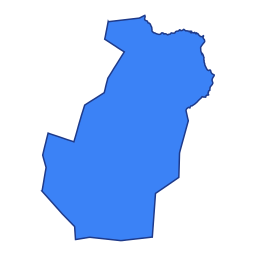 outline of Nalaix, Ulaanbaatar, Mongolia
{"feature_id": "93677404B72325521473587", "entity_name": "Nalaix", "entity_type": "district", "adm_level": 2, "iso_a3": "MNG", "parent_name": "Mongolia", "parent_adm1": "Ulaanbaatar", "projection": "mercator", "projection_center": [107.515, 47.823], "detail": "fine", "context": "isolated", "style": "filled", "palette": "blue", "viewbox_px": 256, "rotation_deg": 0, "n_neighbors": 0, "source": "geoboundaries", "source_scale": "gbopen_adm2", "svg_char_len": 4250}
<svg xmlns="http://www.w3.org/2000/svg" viewBox="0 0 256 256"><path d="M41.8,190.9L57.5,208.5L62.3,213.9L72.9,224.8L74.6,226.5L74.7,227.0L74.7,227.6L75.1,233.6L75.5,239.5L75.8,239.5L88.7,237.4L89.7,237.3L90.2,237.3L120.7,240.6L122.3,240.5L126.3,240.0L146.9,237.7L152.0,237.1L152.3,237.1L154.5,207.1L155.5,193.4L174.9,180.1L178.8,177.4L178.9,175.1L179.5,153.6L179.6,152.6L180.6,148.8L188.3,120.8L188.2,120.3L187.7,118.3L186.0,110.6L186.1,110.1L186.2,109.7L186.8,108.6L187.6,108.0L188.0,107.7L188.4,107.4L188.8,107.5L189.2,107.7L189.7,107.9L189.9,107.9L190.0,107.6L190.1,107.3L190.3,106.7L190.6,106.3L191.0,105.9L192.2,105.8L192.5,105.5L194.8,104.0L197.0,102.1L198.5,100.4L202.0,97.1L202.1,96.8L202.1,96.7L202.7,96.7L203.3,97.0L203.6,97.0L203.8,97.1L204.3,97.0L205.2,97.2L205.7,97.1L205.8,96.7L205.9,96.3L206.0,96.0L206.2,95.7L206.5,95.3L207.0,95.2L208.1,95.0L208.3,95.0L208.5,95.0L208.6,94.7L208.5,94.4L208.3,94.0L208.1,93.7L208.1,93.3L208.1,92.8L208.3,92.5L208.5,92.2L208.5,91.8L208.5,91.7L208.5,91.3L208.7,91.0L209.0,90.7L209.4,90.6L209.8,90.4L209.8,90.2L209.7,90.0L209.9,89.3L210.0,87.8L210.4,86.7L210.6,86.5L211.3,85.6L212.3,84.4L212.5,83.9L212.8,83.3L212.8,82.6L212.6,82.1L212.2,80.9L212.1,80.4L212.1,79.6L212.6,78.1L213.9,76.1L214.2,75.4L214.2,75.0L214.0,74.8L213.9,74.7L213.7,74.6L213.1,74.4L212.2,73.8L211.6,73.2L211.4,72.9L211.1,72.4L210.9,71.7L210.8,71.1L210.7,70.9L210.5,70.5L210.4,70.2L210.1,70.0L209.8,70.0L209.7,70.0L209.3,70.2L208.8,70.4L208.7,70.5L208.4,70.4L208.1,70.3L207.3,69.8L206.5,68.5L205.7,66.8L205.5,66.4L205.4,66.2L205.1,65.6L204.8,64.8L204.7,63.8L204.7,63.7L204.2,62.3L204.1,61.7L204.1,61.2L204.1,60.8L204.1,60.2L203.9,60.0L203.9,59.8L203.8,59.6L203.8,59.1L203.9,58.2L204.0,57.6L203.6,56.7L203.3,55.6L203.3,55.4L203.2,55.2L202.8,54.4L202.5,53.9L202.4,54.1L202.1,54.4L201.6,53.3L201.1,51.9L200.8,51.0L200.7,48.9L200.6,47.8L200.8,46.9L201.1,46.5L201.6,45.7L202.4,44.6L203.7,42.9L203.8,42.9L204.6,41.8L204.7,41.3L204.6,40.8L204.5,40.1L204.3,39.5L203.6,38.9L203.4,38.5L203.1,37.9L203.1,37.4L203.2,36.8L203.4,36.5L203.5,35.9L203.3,35.7L203.0,35.9L202.8,36.2L202.6,36.6L202.2,36.8L201.8,36.7L201.4,36.6L200.4,36.5L199.6,35.6L199.2,35.4L198.7,34.9L198.3,34.2L198.1,33.9L197.9,33.7L197.6,33.7L197.3,33.5L196.9,33.2L196.6,32.9L196.4,33.0L196.2,33.0L196.0,33.7L195.6,33.6L195.3,33.3L195.0,32.8L194.7,32.4L194.3,32.5L194.0,32.8L193.5,32.9L193.0,32.7L192.4,32.5L191.8,32.7L191.4,32.8L190.9,32.8L190.8,32.5L191.2,32.2L191.5,31.8L191.5,31.3L190.9,31.2L190.2,31.2L189.6,31.5L189.3,31.7L189.2,31.4L189.1,31.2L187.5,31.0L187.1,30.8L186.6,30.8L186.1,30.9L185.5,30.7L185.0,30.3L184.4,29.8L184.1,29.5L183.6,29.4L183.4,29.6L183.0,29.9L182.5,30.3L181.9,30.5L181.2,30.6L180.8,30.6L180.4,30.3L180.1,29.9L179.8,29.8L179.4,29.9L179.2,30.3L178.8,30.8L178.3,31.0L177.9,31.1L177.1,31.2L176.5,31.3L176.3,31.3L175.5,31.8L175.1,32.6L174.5,33.1L173.6,33.2L172.1,33.1L171.4,32.9L171.0,33.1L170.5,33.7L170.0,34.2L169.2,34.2L168.6,34.4L167.9,34.8L167.3,34.7L166.9,34.4L166.3,34.0L165.6,33.8L164.8,33.7L164.4,33.8L164.0,34.0L163.6,33.5L163.4,33.2L162.6,32.9L161.7,32.9L161.2,33.3L160.8,33.9L160.1,34.3L159.3,34.4L158.7,34.4L157.9,34.2L156.6,33.8L155.8,33.5L154.8,32.9L153.8,32.8L153.1,32.1L152.5,31.8L152.3,31.5L152.0,30.9L152.0,29.9L152.0,29.5L151.9,28.9L151.8,28.1L151.7,27.2L151.3,26.5L150.9,25.7L150.6,24.9L150.1,23.9L149.0,23.0L148.2,23.0L147.9,22.5L147.8,22.2L147.6,21.7L147.3,21.1L146.5,20.8L146.2,20.7L145.3,20.3L145.2,20.1L144.7,19.6L144.6,19.0L144.6,18.7L144.8,18.2L144.9,17.7L145.1,16.8L145.1,16.2L144.8,15.4L144.3,15.6L139.3,18.1L108.3,21.7L108.2,21.5L107.3,26.2L106.2,31.8L105.3,36.5L104.7,39.2L106.6,40.4L109.7,42.4L113.8,45.1L115.4,46.1L118.0,47.9L120.2,49.3L124.3,51.9L121.4,56.5L119.6,59.4L116.1,65.0L114.1,68.1L111.8,71.9L109.3,75.9L107.8,78.3L107.4,80.0L106.6,82.9L105.7,86.5L105.0,89.7L104.2,92.7L102.3,93.9L97.0,97.3L91.9,100.5L87.8,103.1L84.7,105.1L84.0,107.3L82.9,110.9L81.3,115.9L80.7,118.1L79.3,122.8L78.2,126.7L77.0,131.1L76.1,134.3L73.9,141.8L70.9,140.8L67.1,139.6L62.5,138.0L56.9,136.1L50.2,133.9L48.1,133.1L47.5,135.5L46.4,139.8L45.9,142.1L44.7,146.7L44.1,149.2L42.7,155.1L43.4,157.9L44.7,162.5L46.1,167.5L45.8,169.3L45.3,172.0L44.4,177.3L43.5,182.8L42.1,190.8L41.8,190.9Z" fill="#3b82f6" stroke="#1e3a8a" stroke-width="1.5"/></svg>